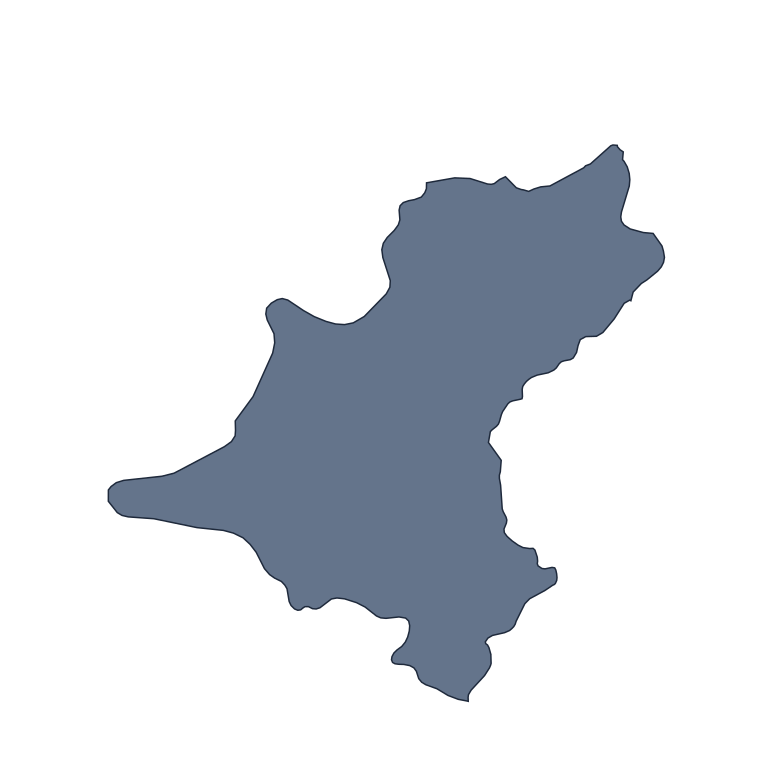 an SVG outline of Son La, rotated 284°
{"feature_id": "VNM-455", "entity_name": "Son La", "entity_type": "Province", "adm_level": 1, "iso_a3": "VNM", "parent_name": "Vietnam", "parent_adm1": "", "projection": "albers", "projection_center": [104.029, 21.308], "detail": "fine", "context": "isolated", "style": "filled", "palette": "slate", "viewbox_px": 768, "rotation_deg": 284, "n_neighbors": 0, "source": "natural_earth", "source_scale": "10m", "svg_char_len": 3226}
<svg xmlns="http://www.w3.org/2000/svg" viewBox="0 0 768 768"><g transform="rotate(284 384 384)"><path d="M403.1,521.5L402.1,519.8L398.8,513.0L397.0,510.5L394.8,509.0L386.0,505.8L382.7,505.3L375.7,505.1L372.8,504.7L370.2,503.4L365.6,499.9L363.5,498.7L352.5,499.5L338.3,516.2L327.0,518.1L323.4,518.0L320.3,518.8L314.1,521.6L291.5,528.9L289.0,530.5L284.4,534.6L281.7,536.1L278.6,536.4L272.3,535.5L268.9,536.7L265.9,540.3L262.7,546.4L260.1,553.1L258.9,558.4L259.6,565.2L260.6,568.4L259.4,570.6L253.1,574.6L249.3,575.9L246.7,576.2L244.8,577.5L243.2,581.9L243.6,585.0L246.7,591.4L246.9,594.1L245.1,595.7L241.7,597.4L238.0,598.7L235.2,599.1L231.8,598.5L230.5,597.6L229.5,596.3L222.8,590.3L210.9,577.3L204.9,573.8L185.8,569.6L182.7,569.4L180.0,568.6L177.6,567.2L175.2,565.5L171.9,561.2L166.3,550.1L162.6,546.3L158.3,544.7L156.7,545.5L155.8,547.6L153.6,549.6L147.3,553.2L146.7,553.3L138.9,555.5L137.2,555.5L134.0,555.0L125.4,552.1L108.0,542.6L103.0,541.1L100.3,541.4L96.5,542.5L96.5,542.4L96.5,541.4L96.0,532.3L97.3,521.4L101.1,509.1L102.3,497.4L103.7,492.8L106.5,489.0L113.1,484.9L115.8,481.7L117.0,477.2L116.7,471.1L115.6,466.0L115.2,462.3L115.9,459.7L118.2,458.0L121.4,457.7L125.4,458.7L129.3,461.1L133.6,464.7L138.7,467.1L144.2,468.2L150.4,468.3L155.7,467.4L160.0,465.3L162.1,461.6L161.6,454.9L157.1,442.6L156.3,437.4L157.1,432.8L163.0,419.7L165.2,410.3L166.0,397.7L165.0,390.1L162.7,385.0L151.4,376.0L149.3,372.6L148.7,369.0L149.7,364.5L148.8,361.1L146.9,359.4L144.7,357.8L143.6,355.1L144.1,351.6L146.6,347.4L150.0,344.6L161.9,339.4L164.9,336.4L167.6,332.2L169.2,324.8L171.4,319.1L175.9,312.7L189.8,300.7L196.0,292.9L200.7,284.4L202.9,273.9L203.1,263.5L199.4,237.2L197.6,193.3L193.2,168.0L193.1,161.6L194.7,156.3L203.5,144.9L214.5,142.2L218.5,144.0L223.5,148.1L227.5,154.7L240.8,190.9L246.7,201.9L284.5,244.2L291.2,249.9L297.7,252.1L303.2,251.1L312.2,248.6L340.1,260.0L387.1,268.5L397.5,268.0L406.2,265.1L417.9,255.2L423.3,252.4L429.2,251.8L435.2,255.1L440.0,260.0L442.3,264.6L442.2,270.3L435.8,288.1L432.5,300.0L430.7,312.6L430.5,322.5L432.1,331.4L435.9,339.4L444.7,348.5L472.0,364.4L479.3,366.3L485.8,365.1L506.4,352.3L513.8,349.4L520.4,349.3L527.0,351.7L535.5,356.8L541.9,359.4L547.1,359.7L556.4,356.6L560.9,356.5L564.7,358.8L567.8,363.6L570.3,369.0L574.4,375.0L579.4,377.3L583.8,377.9L589.5,376.6L601.1,402.7L604.2,417.8L603.1,436.1L603.7,439.8L605.1,442.5L610.4,446.7L614.5,451.7L606.4,464.9L605.9,470.0L606.1,472.4L605.9,477.8L609.5,482.3L613.2,488.4L616.3,497.1L642.1,525.5L644.5,526.8L647.4,531.0L670.0,546.4L671.3,548.3L672.0,552.6L670.7,553.1L668.4,556.4L667.1,560.0L659.4,561.2L658.1,563.1L653.5,567.5L647.6,571.0L641.7,573.1L635.4,574.1L608.4,572.8L603.4,573.3L599.4,575.0L596.4,578.4L594.0,585.3L593.7,599.0L595.2,608.7L585.1,620.4L580.5,623.0L574.7,625.5L569.6,625.8L564.7,624.7L559.7,622.2L548.6,613.9L543.8,609.4L533.5,603.5L524.5,603.4L524.8,602.1L520.4,597.5L502.8,591.6L486.9,583.9L481.7,578.6L478.8,568.3L474.6,563.7L468.3,563.0L461.2,563.2L455.0,561.3L452.7,558.9L450.1,553.2L448.5,550.7L446.1,549.1L441.3,547.3L438.7,545.5L434.6,540.6L429.7,530.5L426.0,525.5L423.7,523.5L421.0,521.6L417.9,520.1L415.1,519.2L412.2,519.4L405.3,521.4L403.1,521.5Z" fill="#64748b" stroke="#1e293b" stroke-width="1.5"/></g></svg>